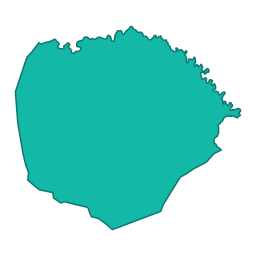 outline of San Juan Bautista Atatlahuca, Oaxaca, Mexico
{"feature_id": "50627088B89810270526717", "entity_name": "San Juan Bautista Atatlahuca", "entity_type": "district", "adm_level": 2, "iso_a3": "MEX", "parent_name": "Mexico", "parent_adm1": "Oaxaca", "projection": "albers", "projection_center": [-96.715, 17.584], "detail": "fine", "context": "isolated", "style": "filled", "palette": "teal", "viewbox_px": 256, "rotation_deg": 0, "n_neighbors": 0, "source": "geoboundaries", "source_scale": "gbopen_adm2", "svg_char_len": 5616}
<svg xmlns="http://www.w3.org/2000/svg" viewBox="0 0 256 256"><path d="M17.8,123.1L23.0,153.7L25.8,165.2L28.1,171.2L28.4,172.2L28.5,173.2L27.8,180.1L33.1,184.7L39.4,189.8L52.8,192.6L53.7,198.2L60.7,202.9L64.7,201.7L76.1,204.7L77.9,205.0L87.0,207.2L87.9,207.7L91.2,216.6L98.5,218.5L105.0,223.2L112.4,229.6L160.7,211.4L162.9,205.8L163.3,204.5L171.1,191.8L180.2,177.3L187.1,173.3L193.4,168.9L205.2,162.8L207.1,161.4L212.6,155.0L214.3,153.5L221.2,150.0L219.0,147.9L217.5,147.1L216.4,145.4L215.9,144.3L214.5,143.3L214.3,143.0L214.2,142.5L213.9,139.5L214.0,139.2L214.8,138.0L216.1,137.0L217.4,136.1L217.6,134.8L218.3,133.9L218.6,132.5L218.6,127.9L218.6,127.3L218.1,125.8L218.9,124.3L220.1,123.5L221.4,121.8L222.2,121.2L223.2,119.6L223.3,118.9L223.6,118.7L224.1,117.4L226.0,116.7L226.7,116.2L227.4,116.1L228.2,115.7L229.8,116.4L230.6,115.8L230.8,116.1L231.3,116.3L232.4,116.0L233.4,115.9L234.2,116.2L235.1,116.9L237.5,117.8L238.3,116.4L239.7,115.9L240.1,115.6L240.2,115.1L239.9,114.6L238.9,113.7L238.9,113.3L239.0,112.8L240.0,111.8L240.6,110.8L239.9,109.1L237.7,108.4L235.3,109.6L234.9,110.1L234.4,110.1L233.4,109.4L232.8,109.5L232.3,110.2L232.0,110.3L230.7,110.5L230.4,110.3L230.4,109.8L230.5,109.0L230.7,108.1L231.2,107.4L231.9,106.8L232.3,106.2L232.5,105.7L232.5,105.2L232.3,104.8L231.8,104.5L231.6,104.2L231.3,103.2L230.9,102.8L230.2,102.7L229.4,102.8L229.1,104.8L228.5,105.4L227.7,105.7L227.3,105.0L225.7,103.1L225.5,101.4L225.0,101.3L224.5,101.5L223.9,102.1L223.7,103.0L223.8,103.9L223.4,103.9L222.9,103.7L222.7,103.1L222.7,102.0L222.4,99.2L222.2,99.0L221.7,98.9L221.6,98.3L221.6,97.9L221.8,97.4L222.5,97.1L223.0,96.0L223.6,95.2L224.2,94.4L225.1,93.1L225.1,92.7L224.9,92.4L224.6,92.2L224.1,92.1L222.8,92.5L222.0,93.0L221.3,94.0L220.8,94.4L219.6,94.7L219.1,94.7L218.8,94.4L218.6,93.0L218.3,92.3L217.7,91.9L216.2,91.2L215.7,91.2L214.9,91.4L214.0,91.4L213.3,90.7L213.2,89.5L213.9,89.2L215.3,89.0L215.6,88.4L215.7,87.6L215.3,85.5L214.5,84.0L214.3,83.8L214.1,83.9L213.0,84.6L212.4,85.6L212.1,85.6L211.6,85.3L211.3,85.0L211.2,84.6L211.2,84.1L211.4,83.4L212.4,81.4L212.4,80.8L212.3,80.4L211.6,80.1L210.7,79.9L209.7,79.9L209.4,80.2L208.8,82.0L208.5,82.3L207.4,83.1L206.9,82.9L206.6,82.5L206.3,81.8L206.3,81.1L206.5,79.5L206.4,78.7L206.2,78.2L205.7,77.9L205.2,77.9L204.7,78.1L203.6,79.1L203.2,79.2L202.4,79.0L201.7,78.5L201.5,77.9L201.5,76.8L200.7,74.5L200.9,72.9L201.0,72.7L201.3,72.5L202.7,72.3L204.2,72.4L204.2,73.5L204.8,74.0L205.6,73.9L205.9,73.7L205.8,72.9L206.4,72.3L208.3,72.2L208.9,71.6L208.8,70.1L208.3,69.1L207.7,68.6L206.5,69.2L204.3,70.9L204.0,71.6L202.8,71.1L201.8,70.5L201.6,69.6L201.8,68.8L202.4,68.3L202.7,67.8L202.6,67.3L201.8,65.2L201.5,64.7L201.2,64.4L200.9,64.4L200.3,65.5L199.4,66.3L198.7,66.5L198.2,66.6L198.1,65.7L197.1,64.8L196.5,64.7L196.2,65.2L195.5,65.9L194.9,66.1L194.5,65.1L194.3,64.5L194.7,63.4L195.3,62.6L195.7,61.9L195.0,59.6L195.2,58.7L194.7,57.5L194.5,57.2L194.2,57.3L193.8,58.3L193.4,59.0L192.7,59.4L192.2,59.5L189.6,59.0L188.8,59.1L188.4,59.5L188.2,60.3L188.3,61.2L188.1,62.3L187.3,62.7L186.7,62.4L186.4,61.9L186.3,61.3L186.3,59.6L186.5,58.3L186.5,57.8L185.9,57.0L185.7,55.9L184.9,54.9L184.7,54.3L185.3,53.6L185.7,53.4L186.6,52.8L186.7,51.8L186.6,51.0L186.1,50.9L185.4,51.5L185.1,51.9L184.7,52.2L184.4,52.3L183.6,52.1L183.1,51.8L182.3,50.6L181.7,49.8L181.0,49.7L178.7,50.8L178.4,50.5L178.1,49.6L177.7,49.0L176.8,48.2L176.2,48.0L175.9,49.1L175.9,49.5L176.3,50.2L176.7,50.6L176.6,51.0L176.3,51.4L175.3,51.7L174.6,51.7L173.9,51.5L172.7,50.6L171.3,49.8L170.8,49.0L170.4,48.1L170.2,46.5L168.7,45.6L167.8,42.8L166.8,42.0L166.5,41.1L166.4,40.2L165.8,40.0L163.8,40.2L163.2,40.0L162.4,39.2L162.0,38.5L161.3,38.1L161.0,36.3L160.8,36.0L160.6,36.0L160.4,36.1L159.9,36.5L159.2,36.6L158.4,37.3L157.7,37.5L156.8,37.5L156.4,37.3L156.1,36.0L155.6,35.5L155.3,35.4L154.9,35.4L154.1,35.9L153.7,36.4L153.6,37.0L152.6,38.4L150.0,39.9L149.4,39.9L149.0,39.7L147.8,38.7L147.4,37.4L146.9,36.8L146.1,36.4L144.8,36.1L143.8,36.2L143.2,36.0L142.9,35.6L143.0,34.5L142.7,33.6L142.2,33.1L141.8,33.0L141.1,32.4L140.3,32.0L139.1,32.5L138.3,32.5L137.7,32.1L136.5,30.7L133.6,29.0L133.2,28.6L132.5,27.0L132.3,26.8L130.9,26.4L130.7,26.5L129.2,28.4L125.7,31.6L123.8,34.3L123.1,34.4L122.3,33.6L121.9,31.8L121.3,30.9L120.9,30.7L120.6,30.7L120.2,30.9L118.4,31.0L118.2,30.8L117.2,31.3L116.9,31.9L116.9,32.4L116.8,32.6L116.5,32.7L115.6,34.4L115.1,35.0L114.7,36.5L114.9,38.1L113.8,40.9L113.2,41.3L112.4,41.3L111.6,41.0L111.2,40.0L110.9,37.5L110.6,36.9L109.1,35.5L107.9,35.4L107.8,35.6L107.9,35.9L107.0,37.2L106.6,38.4L105.9,39.0L105.2,39.1L104.6,39.1L103.8,38.8L101.3,37.8L100.5,37.4L99.2,37.1L98.8,37.2L97.6,37.6L97.2,37.8L95.5,39.2L95.1,39.4L94.0,39.2L93.2,38.6L92.3,38.5L90.9,39.3L90.3,39.3L89.5,38.9L89.0,38.6L87.9,37.5L86.5,36.9L84.8,37.2L84.1,37.7L82.9,39.6L82.3,40.4L81.2,40.7L80.2,40.8L78.3,41.5L77.7,42.0L76.8,43.4L76.7,45.0L76.7,45.9L76.9,46.3L77.6,46.7L78.8,46.8L80.0,47.1L80.7,47.6L80.9,47.9L80.8,49.1L79.6,50.9L78.6,51.5L76.8,51.3L76.3,51.4L75.2,52.0L74.6,52.9L73.6,53.3L72.8,53.3L72.0,52.9L71.5,52.3L71.2,51.1L71.0,49.9L70.7,49.2L70.1,48.7L68.6,47.6L68.3,47.1L68.3,46.5L69.6,45.2L69.6,44.9L69.1,43.3L67.9,43.0L67.5,43.2L66.3,44.1L66.2,44.4L65.5,44.9L64.3,45.7L63.7,46.4L63.6,47.0L64.0,47.8L64.0,48.1L64.0,48.5L63.3,48.9L62.1,49.1L61.5,48.8L60.0,48.4L58.6,48.3L58.0,48.2L57.7,47.6L57.8,46.5L58.7,45.4L59.1,44.4L59.1,43.8L58.1,42.4L57.3,41.8L56.5,41.1L55.9,40.0L55.1,39.3L54.3,39.4L52.8,40.2L50.8,41.2L49.0,41.8L47.2,42.1L45.1,42.6L44.8,42.6L43.7,43.1L42.9,43.5L41.6,44.0L40.4,43.9L39.8,43.4L39.1,43.5L38.5,43.4L38.5,43.2L32.0,51.8L26.9,57.3L15.4,91.8L17.8,123.1Z" fill="#14b8a6" stroke="#0f766e" stroke-width="1.5"/></svg>